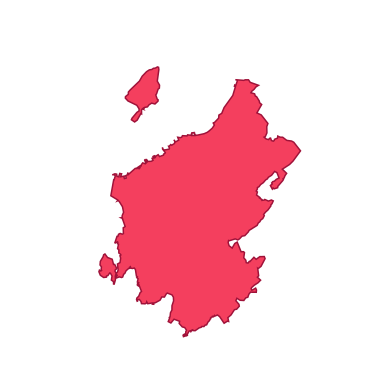 outline of Horten nor, Vestfold, Norway, rotated 223°
{"feature_id": "86288312B28519776233063", "entity_name": "Horten nor", "entity_type": "district", "adm_level": 2, "iso_a3": "NOR", "parent_name": "Norway", "parent_adm1": "Vestfold", "projection": "albers", "projection_center": [10.422, 59.398], "detail": "fine", "context": "isolated", "style": "filled", "palette": "rose", "viewbox_px": 384, "rotation_deg": 223, "n_neighbors": 0, "source": "geoboundaries", "source_scale": "gbopen_adm2", "svg_char_len": 5955}
<svg xmlns="http://www.w3.org/2000/svg" viewBox="0 0 384 384"><g transform="rotate(223 192 192)"><path d="M230.2,309.0L236.9,303.7L235.2,304.7L234.4,303.7L232.7,299.8L233.7,299.5L233.1,298.2L232.0,298.5L228.0,290.4L226.1,275.6L223.9,269.8L224.8,266.6L222.9,264.2L223.0,257.3L224.1,257.1L221.3,256.2L220.7,252.5L221.1,248.5L221.5,246.1L222.9,242.9L226.8,237.3L227.8,236.1L228.8,236.4L227.9,235.9L228.3,235.4L230.4,236.9L231.6,236.0L230.4,236.6L228.5,235.2L230.7,233.1L232.1,235.1L232.0,235.7L232.5,235.1L231.4,232.8L234.2,230.8L233.9,229.6L237.4,226.7L236.9,225.0L237.7,223.7L239.8,222.3L237.1,220.9L238.2,217.4L240.9,217.8L239.0,217.3L237.9,215.5L238.8,212.3L239.9,212.2L239.9,210.1L240.4,209.5L238.4,208.7L238.0,207.7L240.9,203.8L242.6,203.6L244.1,204.5L242.7,203.3L238.4,202.6L238.2,201.7L238.6,200.4L238.0,199.5L239.9,195.8L242.2,196.2L243.1,192.7L244.0,193.1L244.4,192.4L242.4,192.1L242.9,190.9L244.4,191.5L244.5,192.2L244.7,191.3L243.6,190.8L244.2,189.4L242.1,188.6L242.7,186.7L245.1,184.3L248.0,184.9L245.2,184.0L245.3,183.2L249.1,183.8L245.1,183.0L248.8,183.2L245.3,181.6L245.4,180.8L247.9,179.7L247.7,177.4L247.0,176.5L247.8,175.9L248.4,173.3L247.0,174.8L246.6,174.4L246.6,172.9L248.1,172.9L248.2,171.6L249.6,170.6L250.5,161.4L252.2,162.5L251.0,160.5L251.6,158.8L249.6,157.3L250.6,155.7L252.4,156.9L251.9,158.1L254.6,154.5L255.9,157.3L257.5,156.3L256.0,153.1L257.5,152.3L259.3,153.7L260.8,152.7L262.0,150.2L260.6,151.6L259.1,151.5L257.3,147.8L257.6,147.5L248.8,133.9L241.1,135.5L240.6,135.5L240.5,134.6L240.1,135.5L238.3,135.3L232.8,133.8L228.2,130.5L227.0,127.2L225.7,125.7L226.4,124.7L224.8,125.3L223.9,124.6L224.2,123.9L223.8,124.6L217.3,121.1L217.9,118.9L213.8,114.8L214.2,113.6L216.3,112.7L216.9,111.0L216.0,109.0L216.6,108.4L213.8,102.3L213.3,102.4L212.6,104.7L212.0,104.7L211.2,103.4L210.1,103.6L207.8,99.8L206.1,99.8L203.9,97.5L201.5,97.7L200.9,96.9L201.2,96.2L199.1,95.0L196.5,91.3L197.4,88.5L192.8,84.6L191.9,82.5L191.9,80.9L194.1,81.4L195.0,82.6L194.8,84.0L195.5,85.0L199.2,86.3L200.0,85.5L204.5,88.4L209.1,86.5L213.4,87.3L213.8,85.8L212.9,84.1L211.7,78.7L209.5,75.9L207.2,75.5L205.5,73.3L204.7,73.1L204.8,72.0L206.4,71.7L205.7,70.2L202.3,68.6L198.3,69.2L196.5,71.4L197.2,72.3L196.5,73.6L197.0,76.6L196.3,77.0L193.2,76.0L190.9,72.6L188.3,72.9L186.6,71.2L186.1,71.6L188.1,75.5L190.7,78.2L191.8,80.3L189.9,80.0L190.0,79.0L188.5,77.8L187.3,80.3L185.2,81.4L184.7,82.5L185.9,85.3L185.6,86.6L186.5,89.4L186.2,92.7L185.3,94.0L186.3,94.3L186.1,95.3L185.0,94.5L183.4,95.4L182.4,97.0L180.5,96.7L175.3,92.6L174.1,92.7L174.0,91.7L172.3,91.8L170.6,88.9L169.4,89.3L169.5,88.1L168.6,86.7L167.6,86.7L169.1,88.7L161.1,84.8L161.3,83.1L159.9,79.5L160.0,76.8L159.2,75.5L157.6,74.7L157.4,75.1L158.2,76.4L157.3,77.5L154.6,77.1L152.8,75.9L150.0,78.3L149.6,79.6L150.2,80.8L148.2,80.1L145.3,83.8L144.4,84.4L144.3,83.1L143.4,83.8L144.2,84.9L143.3,86.0L141.6,91.1L142.5,94.6L140.5,96.4L141.3,99.9L141.2,101.2L136.5,103.1L133.9,102.4L131.2,99.8L129.1,95.2L126.2,92.0L125.4,89.0L122.9,85.7L123.1,84.8L122.3,84.3L121.0,81.0L118.1,81.8L118.4,86.7L112.9,89.0L111.7,87.1L107.1,86.7L104.9,87.9L101.7,87.2L101.4,85.8L99.8,83.9L100.6,83.0L100.9,81.2L99.6,80.4L99.2,81.1L100.0,81.3L100.1,82.0L98.3,82.5L98.0,83.0L98.6,83.2L97.7,84.1L98.4,84.7L99.2,88.3L98.6,89.4L97.6,89.1L97.9,91.0L97.5,91.7L96.8,91.3L95.1,92.7L94.1,97.5L93.0,99.3L93.2,100.2L91.5,101.8L91.6,103.6L90.7,104.8L91.6,107.8L91.5,109.9L92.0,111.1L91.9,112.2L92.5,112.5L92.5,113.6L91.4,115.1L92.0,115.3L91.1,116.3L91.3,117.0L90.6,116.9L89.5,119.4L86.8,119.7L79.0,117.9L78.0,121.7L76.9,122.3L80.1,124.6L79.6,128.7L80.7,134.9L79.4,136.7L79.5,140.7L81.1,141.9L85.8,142.4L86.7,144.9L83.0,145.6L80.1,148.0L80.5,151.2L79.4,153.1L80.7,156.0L80.9,158.6L76.6,162.5L78.0,164.3L79.9,165.1L81.0,161.5L81.5,161.0L82.8,161.7L83.2,162.7L82.9,166.3L81.8,170.6L81.7,174.3L86.1,174.3L86.1,176.2L91.8,180.9L91.4,180.9L90.8,184.7L93.1,193.1L95.1,194.1L98.3,191.0L99.2,186.5L102.2,186.5L102.2,180.6L102.8,180.4L102.6,178.2L104.1,177.3L106.1,178.8L109.3,179.2L112.3,183.5L113.6,183.5L115.4,181.8L124.8,186.2L125.6,183.5L124.4,178.4L128.2,178.0L131.1,179.7L132.2,181.5L131.4,181.9L128.4,187.2L125.8,188.2L125.3,190.1L125.3,193.8L123.6,196.1L123.6,201.5L124.1,202.7L121.6,212.0L122.4,214.5L122.1,216.5L122.6,218.5L122.1,220.8L123.0,224.0L124.3,224.4L124.5,227.4L124.2,230.7L124.8,235.6L125.5,236.3L125.5,238.0L126.5,240.9L128.5,240.3L129.9,237.5L133.7,236.2L133.7,235.3L135.1,233.6L135.6,234.2L138.6,233.7L138.6,234.3L142.7,233.8L144.2,236.6L145.7,236.5L146.2,238.7L147.2,239.9L146.6,241.5L146.9,244.3L146.2,247.5L146.4,251.1L145.8,253.0L146.2,254.8L145.2,258.5L145.6,263.4L143.1,264.1L137.9,261.6L139.0,258.8L139.1,256.2L140.0,254.7L139.9,253.0L138.8,252.6L139.1,250.2L135.2,248.9L135.3,250.2L134.1,250.3L132.3,253.5L133.1,254.7L133.4,262.4L133.8,263.7L134.4,263.8L134.2,265.1L135.1,267.3L135.5,270.2L141.5,270.3L139.4,278.7L139.2,283.4L140.7,296.1L151.5,297.8L153.9,297.2L157.9,294.4L163.0,293.9L165.1,292.1L167.4,291.4L166.2,289.7L167.6,286.8L167.0,285.8L167.2,284.6L169.0,283.8L171.3,285.0L171.9,284.1L171.7,282.6L173.8,281.4L176.7,281.3L176.2,282.6L177.5,286.3L181.9,290.8L183.2,293.9L193.9,295.6L198.5,294.1L200.7,303.5L203.5,303.4L204.8,304.4L209.9,305.8L211.0,305.3L213.2,306.5L216.6,304.8L217.0,306.3L216.6,309.4L216.9,312.5L216.1,315.4L224.2,311.9L227.2,312.6L229.7,310.2L230.2,309.0ZM285.6,203.5L281.7,204.1L281.1,207.2L282.9,214.5L282.1,214.7L284.8,217.5L285.0,218.9L283.8,219.4L284.8,219.6L284.8,220.3L283.5,220.5L284.2,220.6L284.4,221.5L282.6,223.9L282.9,226.4L282.1,229.5L279.1,231.1L278.8,235.2L279.6,236.3L280.8,236.2L284.7,238.3L284.9,239.7L286.9,244.0L286.7,245.7L288.6,248.0L293.0,249.4L299.7,258.9L301.5,260.4L302.6,259.9L303.3,257.6L304.6,256.1L304.9,254.3L306.5,252.2L307.3,249.0L307.4,242.8L306.1,237.3L306.8,224.5L306.7,221.7L305.2,220.0L305.7,216.4L304.8,215.2L300.9,214.9L291.5,217.8L287.4,216.7L286.0,215.1L286.6,212.7L286.2,205.1L285.6,203.5Z" fill="#f43f5e" stroke="#9f1239" stroke-width="1.5"/></g></svg>